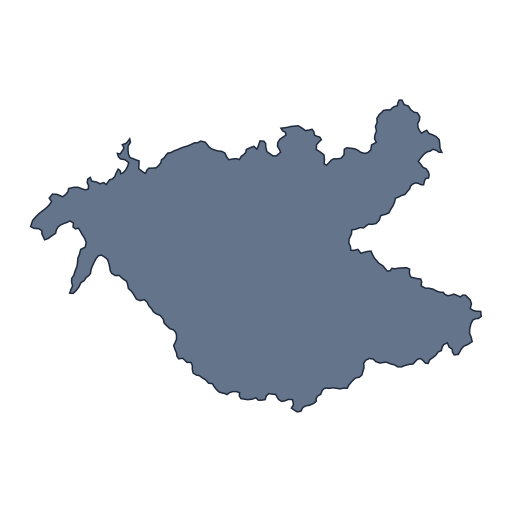 the district of Leopoldina, Minas Gerais, Brazil
{"feature_id": "56859067B5344227565341", "entity_name": "Leopoldina", "entity_type": "district", "adm_level": 2, "iso_a3": "BRA", "parent_name": "Brazil", "parent_adm1": "Minas Gerais", "projection": "mercator", "projection_center": [-42.645, -21.545], "detail": "fine", "context": "isolated", "style": "filled", "palette": "slate", "viewbox_px": 512, "rotation_deg": 0, "n_neighbors": 0, "source": "geoboundaries", "source_scale": "gbopen_adm2", "svg_char_len": 6053}
<svg xmlns="http://www.w3.org/2000/svg" viewBox="0 0 512 512"><path d="M291.4,408.1L294.9,410.5L297.2,411.9L300.9,411.2L302.9,407.4L306.0,405.8L309.4,405.3L313.5,403.5L316.2,401.4L316.2,398.1L317.8,395.9L320.8,394.3L322.0,390.9L323.7,388.8L326.4,388.0L329.0,388.4L332.5,387.8L336.8,388.3L340.0,388.9L343.6,388.1L347.2,388.3L349.0,384.9L351.9,381.4L355.6,377.9L359.3,377.2L361.8,375.1L364.0,367.8L363.7,363.4L365.7,360.2L369.4,358.5L373.2,359.1L375.8,361.6L379.9,363.1L383.0,362.5L386.2,362.1L390.9,364.0L394.7,364.9L397.5,366.8L401.4,366.9L405.2,365.4L409.8,364.3L413.0,364.0L415.2,361.6L417.3,359.4L420.3,358.5L422.9,360.3L425.4,363.1L428.1,363.5L429.8,359.7L433.0,357.5L435.7,355.3L438.2,351.9L441.4,350.6L442.2,346.9L443.8,344.5L447.4,342.9L449.1,347.1L452.2,349.2L452.5,352.1L454.2,354.9L458.3,354.4L461.4,348.9L463.8,346.2L467.8,344.5L472.2,341.6L471.2,337.3L469.6,333.3L469.7,329.2L470.9,323.9L472.8,320.1L475.5,318.7L478.3,318.5L481.3,316.4L480.7,311.4L475.9,311.2L472.6,310.2L470.2,308.4L471.5,303.9L470.2,299.9L467.8,297.5L465.5,295.2L462.7,295.1L460.4,296.9L457.2,295.5L453.9,294.1L450.8,295.2L448.0,295.7L445.1,294.6L443.2,292.3L439.9,292.2L436.9,291.2L433.0,289.1L428.8,288.2L425.4,288.2L421.2,285.9L421.7,281.8L420.7,279.0L417.7,278.7L410.7,277.1L409.4,273.4L409.6,269.1L406.6,267.7L398.6,268.1L394.9,268.8L391.9,268.3L390.1,270.8L387.3,271.1L382.9,265.8L378.9,263.3L376.7,260.7L374.4,258.1L372.4,254.4L371.1,251.1L367.8,251.4L364.0,252.3L360.9,253.3L357.9,249.4L353.9,250.4L350.8,250.3L350.5,246.7L348.9,243.0L349.0,239.3L351.5,233.9L351.8,230.0L356.1,229.1L360.2,227.6L363.6,227.9L365.8,226.1L368.6,224.1L371.9,224.4L376.1,223.5L379.2,220.2L380.8,215.5L385.4,214.4L388.9,212.9L390.7,209.4L393.0,205.8L394.5,202.2L395.5,198.2L399.1,196.8L401.9,195.3L404.8,194.6L407.4,191.4L409.7,188.8L410.5,186.1L412.8,184.0L415.6,182.9L418.2,183.3L421.0,184.7L423.6,184.8L424.5,180.9L425.8,178.4L428.5,178.1L429.2,175.1L428.4,172.0L426.2,168.8L422.9,167.3L420.7,164.2L418.3,161.4L420.3,158.5L422.5,155.9L424.8,153.4L427.4,151.8L430.5,151.0L432.9,149.2L436.6,150.5L438.9,152.2L441.9,152.4L440.0,148.1L439.7,143.4L439.2,139.7L435.9,136.4L431.9,134.5L429.0,133.6L426.7,130.3L424.1,131.6L421.5,133.2L419.4,130.4L418.0,127.4L417.7,123.3L419.3,120.6L419.8,116.7L417.3,112.8L414.0,112.2L410.7,109.7L408.4,106.0L404.3,104.7L401.9,100.1L399.2,100.1L397.9,102.8L397.3,105.8L394.5,106.5L392.2,107.9L390.4,109.9L386.7,109.9L383.5,110.4L381.6,112.5L379.3,114.5L376.9,118.3L377.1,122.5L375.4,126.5L376.5,131.0L375.0,134.7L374.5,138.8L376.3,142.3L371.5,145.0L370.8,149.9L367.7,152.7L364.7,153.4L360.9,152.4L357.7,150.2L354.5,148.7L350.5,148.2L346.7,147.8L344.3,149.3L344.0,154.8L341.0,158.3L337.4,158.8L333.8,158.8L331.3,160.1L329.3,162.3L326.5,165.2L324.1,163.8L324.5,159.6L323.9,154.8L320.3,152.0L316.3,149.5L316.5,144.7L319.2,141.7L321.4,139.7L319.8,137.1L316.9,136.3L314.5,135.1L313.9,131.7L312.0,129.2L309.4,130.0L305.4,130.6L302.4,128.3L298.2,125.8L294.4,126.1L290.8,126.5L288.3,127.2L284.7,127.8L280.9,128.2L282.6,130.9L285.4,132.3L285.9,135.2L282.6,137.3L279.6,139.5L277.7,142.8L277.5,146.4L279.2,149.1L280.6,152.2L276.4,155.8L273.0,155.9L269.9,153.7L266.9,151.6L265.7,146.8L265.7,143.6L263.9,141.2L260.0,140.9L258.4,145.7L256.9,149.1L253.8,146.3L250.6,147.5L246.4,149.4L245.7,152.5L243.6,154.7L241.2,156.3L239.5,159.5L236.1,158.6L232.0,159.1L228.7,159.7L226.5,156.6L224.9,153.0L221.6,151.3L218.1,151.0L214.9,150.1L211.3,148.7L208.7,146.6L207.0,144.3L205.0,142.0L200.5,141.1L197.6,142.8L194.4,142.8L191.6,144.2L188.6,145.6L181.5,147.8L177.8,149.5L173.7,151.0L170.7,152.7L167.9,153.0L165.8,155.4L164.1,157.9L161.5,159.8L160.8,162.9L158.8,165.3L156.3,167.8L152.7,168.1L148.7,168.2L146.8,170.3L145.5,173.4L142.6,171.7L138.7,168.7L139.0,164.0L139.1,160.9L135.7,159.8L133.1,158.6L130.1,157.7L128.5,154.4L128.0,150.2L128.1,146.1L130.5,142.2L129.7,138.8L127.8,141.5L125.9,143.5L122.3,144.6L124.0,148.1L122.2,151.0L120.2,153.9L117.4,153.4L118.4,156.7L120.4,158.9L124.9,159.7L128.7,162.6L127.6,166.4L125.5,170.3L123.1,172.8L120.6,173.7L120.3,170.9L118.2,169.1L116.1,173.1L114.7,176.7L112.3,179.0L109.6,179.8L108.0,182.0L106.2,184.6L103.9,182.6L100.0,183.8L97.1,182.2L94.4,181.6L91.6,181.0L90.3,177.4L87.7,179.1L87.2,182.7L88.6,185.6L88.2,189.1L85.5,189.9L82.3,188.9L78.1,187.3L74.0,187.3L68.7,188.5L67.9,191.8L66.0,194.1L62.8,196.8L59.4,195.3L56.7,194.3L52.5,194.1L49.2,198.1L51.6,201.6L49.6,204.4L47.4,206.9L44.1,209.7L39.8,212.9L36.2,216.4L32.8,220.2L31.6,223.4L30.7,226.6L34.1,228.4L38.8,228.7L41.8,230.7L41.9,233.8L43.4,237.1L44.6,239.8L48.2,238.5L52.0,235.7L55.6,233.3L56.4,229.7L58.1,227.0L60.8,224.8L63.9,223.5L67.3,222.3L69.9,220.9L73.5,223.1L73.0,227.0L75.5,228.9L78.4,228.2L80.3,231.1L82.3,234.8L84.7,238.4L86.2,242.8L85.2,247.2L80.7,249.4L79.4,254.5L78.0,257.7L77.4,263.5L76.9,266.5L75.5,269.9L74.6,272.6L73.8,275.3L71.7,278.4L71.6,282.1L72.6,286.0L70.9,289.5L69.7,293.2L73.2,293.4L76.1,290.6L78.8,287.1L80.9,282.7L84.1,280.7L86.2,277.5L88.6,275.8L90.5,273.4L91.0,269.9L92.2,266.4L94.1,262.4L96.1,258.6L98.5,255.7L101.3,255.1L104.2,256.7L107.5,259.4L108.9,263.5L109.8,267.7L110.2,270.6L111.6,273.2L115.0,275.5L119.4,275.5L121.9,278.0L124.2,279.7L126.6,281.3L127.6,284.2L128.4,288.5L131.2,291.0L133.0,293.4L136.4,299.1L140.1,300.7L144.4,299.6L147.1,302.2L149.0,306.0L151.7,308.9L153.3,311.7L156.0,313.7L160.4,315.6L163.4,319.3L164.1,323.1L166.9,325.9L170.0,328.8L173.3,329.7L175.5,332.1L176.5,334.8L176.5,339.3L175.1,342.6L173.7,345.5L175.0,349.5L176.5,352.9L176.9,356.1L178.6,358.8L182.7,358.3L184.9,360.3L186.9,362.4L190.9,362.4L192.4,365.6L192.3,369.3L193.2,373.1L196.5,375.1L199.3,375.6L202.1,377.7L205.6,379.8L208.6,383.2L212.5,383.7L214.3,386.9L216.5,389.6L218.8,391.9L221.8,392.9L224.4,393.4L226.9,394.6L229.6,392.6L232.7,391.6L236.4,391.6L239.6,392.7L239.3,395.9L240.9,398.6L247.8,399.7L252.4,399.1L255.9,397.8L258.3,400.2L261.7,400.2L265.2,399.6L266.4,395.6L268.9,393.6L272.4,394.2L275.6,394.4L277.1,397.1L278.6,399.5L281.6,401.4L284.7,400.9L288.4,399.4L292.5,399.6L293.5,404.6L291.4,408.1Z" fill="#64748b" stroke="#1e293b" stroke-width="1.5"/></svg>